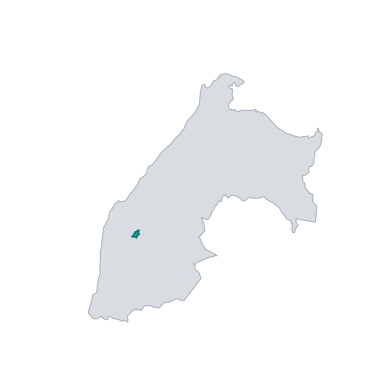 Vilcas Huaman, Ayacucho, Peru shown in context, rotated 67°
{"feature_id": "86281439B2883679079046", "entity_name": "Vilcas Huaman", "entity_type": "district", "adm_level": 2, "iso_a3": "PER", "parent_name": "Peru", "parent_adm1": "Ayacucho", "projection": "mercator", "projection_center": [-73.905, -13.674], "detail": "fine", "context": "in_parent", "style": "filled", "palette": "teal", "viewbox_px": 384, "rotation_deg": 67, "n_neighbors": 0, "source": "geoboundaries", "source_scale": "gbopen_adm2", "svg_char_len": 5510}
<svg xmlns="http://www.w3.org/2000/svg" viewBox="0 0 384 384"><g transform="rotate(67 192 192)"><path d="M269.2,113.8L269.1,114.8L267.8,115.2L266.7,114.5L265.0,114.8L262.5,112.4L256.4,112.8L253.8,115.5L249.8,116.1L245.4,117.3L240.4,117.9L232.7,122.2L230.9,124.0L227.4,126.5L224.5,127.4L223.1,135.2L220.3,139.8L219.2,142.4L220.7,146.1L220.7,148.0L219.1,149.5L217.8,149.7L215.1,151.3L211.2,154.8L210.5,157.5L211.7,161.0L211.3,161.4L208.0,162.1L208.1,164.1L207.4,164.8L210.2,167.6L211.7,168.3L211.8,169.0L211.6,169.8L210.9,170.1L210.9,170.7L212.9,172.8L214.4,177.0L217.3,179.1L217.3,180.4L218.1,181.8L219.7,182.8L223.2,187.0L223.2,189.0L219.6,193.5L225.6,193.5L232.3,195.1L233.2,195.8L234.0,197.8L234.1,199.2L235.4,200.2L235.3,202.7L244.1,202.8L249.7,202.1L258.9,194.6L260.4,193.9L259.6,195.6L259.5,196.8L260.0,198.1L258.9,199.9L258.8,218.4L260.5,217.4L262.7,219.1L264.2,219.2L269.3,217.1L275.1,217.5L288.8,241.7L287.6,243.3L287.6,244.6L286.0,245.7L284.3,247.6L284.2,257.3L282.8,260.2L283.6,261.8L284.4,264.9L285.6,266.7L285.9,267.9L285.8,268.4L283.9,269.4L283.8,271.2L280.4,274.7L279.7,277.0L278.5,277.8L278.2,280.4L281.3,284.8L279.3,287.4L277.5,291.2L280.6,299.3L281.9,300.4L283.3,300.4L285.3,301.1L286.4,302.3L283.9,303.8L283.5,304.5L283.6,307.1L280.9,309.2L277.3,314.3L276.3,314.5L274.4,316.1L274.1,316.8L274.4,317.6L276.0,319.1L276.1,321.0L273.5,323.3L271.6,323.5L270.9,324.1L271.7,327.3L271.7,328.8L271.1,330.4L269.8,332.2L265.8,334.1L262.3,334.5L256.2,329.8L254.3,327.8L248.2,323.8L247.3,319.6L245.2,317.6L241.5,316.0L238.6,313.9L236.4,312.9L230.9,308.2L225.9,306.7L216.6,301.8L211.6,300.1L205.2,295.5L201.8,294.3L199.0,292.1L190.6,287.6L189.3,286.1L188.0,283.9L186.1,282.5L184.0,279.4L180.9,277.6L177.9,275.2L174.2,268.8L172.4,267.3L172.3,264.4L171.1,263.1L172.9,262.1L174.1,257.6L173.4,255.3L169.2,249.3L168.4,246.7L165.3,242.1L164.1,239.3L161.7,237.3L160.6,235.5L159.2,234.8L159.2,232.6L158.2,228.6L156.8,226.5L151.9,222.7L151.4,218.6L150.3,215.7L143.4,204.0L139.5,192.9L136.1,186.7L134.7,183.1L134.6,181.2L132.1,177.9L130.8,174.9L125.2,169.1L122.0,162.7L121.5,160.8L119.3,157.3L115.8,152.7L114.0,150.8L103.3,145.2L98.2,141.7L97.6,140.0L97.9,138.9L99.0,138.0L100.5,138.7L101.4,138.4L102.2,137.1L102.2,135.2L101.2,132.8L97.8,128.0L98.7,125.9L95.2,120.4L96.0,115.1L96.8,113.7L102.0,108.3L103.5,106.0L105.7,104.6L108.0,102.4L110.7,100.7L111.5,101.3L112.3,104.2L112.2,106.1L112.9,108.3L111.0,110.2L109.0,109.8L108.2,110.3L107.9,111.2L108.2,112.7L108.7,113.3L110.3,113.3L108.2,116.2L108.4,116.7L109.8,117.2L111.2,116.5L112.7,114.9L113.5,114.7L118.8,117.4L121.2,117.1L123.1,118.4L123.3,120.4L125.9,124.4L129.8,125.3L130.5,125.0L131.3,123.5L132.2,123.3L132.4,121.1L135.8,118.8L136.3,117.2L135.8,116.0L135.9,115.1L137.9,109.9L138.5,109.4L139.1,107.7L139.8,106.7L141.0,100.9L141.9,100.9L142.8,102.3L143.8,101.9L143.3,100.6L143.5,100.2L147.2,95.5L148.4,94.5L166.5,88.1L175.5,81.5L183.4,72.3L185.9,63.0L186.8,63.7L188.3,63.5L187.8,59.7L188.2,57.9L188.1,57.4L185.7,55.1L184.7,52.7L182.5,51.3L182.6,50.8L184.9,51.3L187.0,51.1L188.7,49.5L190.1,49.7L193.0,51.8L195.2,51.9L195.9,53.5L198.0,54.5L201.1,57.8L202.4,61.3L202.3,61.9L203.7,63.7L206.6,64.6L209.6,67.2L212.6,68.0L214.0,70.3L214.8,71.1L215.2,72.4L214.7,74.0L215.2,74.8L217.4,76.2L219.3,76.2L219.8,76.9L220.8,80.7L220.1,82.7L220.4,83.8L222.9,84.7L223.7,85.5L225.7,85.7L228.5,84.9L232.0,86.1L234.7,85.6L236.0,85.3L237.2,84.5L238.3,84.5L241.1,82.0L241.8,81.8L244.8,82.9L247.3,84.6L250.4,84.3L251.6,83.2L253.8,82.7L257.9,84.7L258.7,85.7L259.9,85.9L264.2,88.0L264.9,88.8L267.2,89.6L267.7,90.2L267.5,91.0L257.4,106.8L260.6,108.1L263.5,107.3L265.0,108.3L266.1,110.9L268.4,112.6L269.2,113.8Z" fill="#d9dde1" stroke="#a8b0b8" stroke-width="1"/><path d="M212.5,261.0L212.4,261.0L212.4,260.9L212.2,260.8L212.1,260.7L211.9,260.6L211.9,260.4L211.7,260.2L211.7,260.3L211.6,260.2L211.5,259.9L211.4,259.8L211.2,259.8L211.2,259.7L210.9,259.6L210.7,259.6L210.6,259.4L210.5,259.2L210.4,259.2L210.5,259.1L210.5,258.9L210.5,258.7L210.4,258.5L210.4,258.3L210.5,258.3L210.5,258.2L210.4,258.2L210.4,257.9L210.4,257.7L210.3,257.4L210.2,257.4L210.2,257.2L210.0,256.9L209.9,256.9L209.7,256.9L209.4,256.9L209.3,257.0L209.2,257.0L208.9,257.1L208.7,257.3L208.4,257.3L208.2,257.4L207.9,257.3L207.8,257.2L207.7,257.1L207.7,256.9L207.7,256.7L207.6,256.4L207.4,256.4L207.3,256.5L207.2,256.4L207.1,256.5L207.0,256.4L206.9,256.5L206.9,256.4L206.8,256.2L206.7,256.1L206.6,255.9L206.5,256.0L206.4,256.1L206.4,256.3L206.3,256.5L206.2,256.5L206.3,256.8L206.4,257.0L206.5,257.1L206.4,257.1L206.4,257.3L206.5,257.3L206.4,257.4L206.4,257.5L206.5,257.5L206.7,257.8L206.6,258.0L206.6,258.3L206.5,258.5L206.6,258.8L206.8,259.0L206.9,259.3L206.8,259.5L206.7,259.6L206.7,259.8L206.6,260.0L206.8,260.3L206.9,260.2L206.9,260.3L207.0,260.3L207.3,260.4L207.4,260.5L207.5,260.5L207.5,260.8L207.6,261.0L207.8,261.3L207.9,261.5L208.0,261.6L208.1,261.8L208.3,262.0L208.5,262.2L208.5,262.3L208.7,262.5L208.8,262.5L208.8,262.8L208.9,263.1L209.0,263.2L209.0,263.3L209.1,263.5L209.2,263.9L209.3,263.9L209.4,264.0L209.5,264.1L209.4,264.2L209.4,264.3L209.5,264.3L209.5,264.2L209.6,264.3L209.6,264.2L209.9,264.0L210.0,264.0L210.1,263.9L210.2,263.7L210.3,263.6L210.2,263.5L210.3,263.4L210.4,263.2L210.5,263.1L210.4,263.0L210.5,262.9L210.5,262.7L210.5,262.4L210.5,262.2L210.8,261.9L211.0,261.9L211.0,261.7L211.0,261.8L211.2,261.7L211.3,261.6L211.4,261.4L211.5,261.4L211.8,261.3L212.0,261.3L212.2,261.2L212.3,261.2L212.2,261.2L212.3,261.1L212.5,261.1L212.5,261.0Z" fill="#14b8a6" stroke="#0f766e" stroke-width="1.5"/></g></svg>